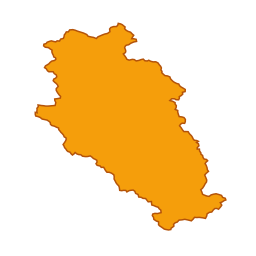 Santa Maria de Jetibá, Espírito Santo, Brazil (Equal Earth projection), rotated 265°
{"feature_id": "56859067B73059385087419", "entity_name": "Santa Maria de Jetibá", "entity_type": "district", "adm_level": 2, "iso_a3": "BRA", "parent_name": "Brazil", "parent_adm1": "Espírito Santo", "projection": "equal_earth", "projection_center": [-40.809, -20.084], "detail": "fine", "context": "isolated", "style": "filled", "palette": "amber", "viewbox_px": 256, "rotation_deg": 265, "n_neighbors": 0, "source": "geoboundaries", "source_scale": "gbopen_adm2", "svg_char_len": 4501}
<svg xmlns="http://www.w3.org/2000/svg" viewBox="0 0 256 256"><g transform="rotate(265 128 128)"><path d="M39.2,211.1L40.3,212.3L41.6,213.6L43.0,214.7L44.4,214.0L45.6,213.4L46.1,215.3L47.3,217.4L47.8,219.2L49.5,218.8L50.6,216.2L52.7,215.3L53.9,212.5L54.8,210.0L54.6,207.4L54.1,204.9L52.8,202.9L53.3,200.7L54.6,198.0L55.5,196.5L56.9,196.2L58.4,195.8L60.2,195.1L61.4,196.9L63.5,198.6L65.7,200.0L67.4,201.5L69.3,201.9L72.1,201.1L74.5,200.3L76.0,201.9L77.8,204.4L79.5,203.4L81.5,203.3L84.1,202.6L85.8,201.7L87.1,202.7L88.4,204.5L89.8,203.5L90.4,201.2L92.0,200.2L94.2,199.9L95.5,198.4L97.0,198.4L98.8,197.3L100.8,197.3L101.0,195.1L102.5,195.3L104.0,197.1L106.1,196.8L107.6,195.0L108.6,196.9L109.5,195.4L110.0,193.0L111.5,191.9L113.1,191.4L114.8,190.5L116.4,189.1L117.8,188.2L119.1,187.6L119.4,185.4L119.6,183.3L121.4,182.1L123.8,180.9L125.7,179.5L127.2,180.7L128.1,182.4L127.7,184.8L129.2,185.6L131.6,185.9L133.5,184.7L134.3,182.8L134.9,180.0L137.0,179.4L139.6,178.9L141.1,179.1L142.4,176.6L144.1,177.7L146.0,178.1L147.9,177.0L149.2,177.1L150.8,174.7L151.7,172.1L153.3,174.0L153.1,176.8L152.0,178.3L151.7,180.9L153.2,181.8L154.8,181.8L155.7,183.9L157.0,185.5L158.8,185.3L159.3,188.1L161.4,188.4L162.9,186.4L164.2,184.5L165.6,183.1L167.4,182.4L168.1,180.4L169.3,178.4L170.4,177.0L171.9,175.7L173.4,174.6L175.2,174.2L176.4,172.0L177.0,169.3L178.5,167.9L180.1,166.5L181.5,166.8L183.0,165.9L184.9,166.5L186.6,165.9L188.2,164.7L190.2,163.6L191.5,161.5L191.7,158.8L192.5,156.4L193.7,154.6L193.1,153.0L193.5,150.7L195.3,149.2L195.0,146.9L194.4,144.8L194.1,142.0L195.6,140.2L196.0,138.3L195.5,135.0L196.6,132.8L198.2,132.2L200.1,131.1L202.2,129.8L203.4,132.0L204.8,132.5L206.6,132.2L208.1,131.6L209.5,132.2L210.6,133.4L210.9,136.0L212.1,138.0L213.2,141.3L213.5,144.1L215.6,143.9L216.4,141.5L216.6,139.5L218.0,140.3L219.9,141.8L221.3,140.4L223.2,138.9L224.4,136.2L225.8,134.4L227.3,133.3L228.9,133.9L230.3,132.4L231.4,131.3L232.3,129.8L233.1,127.4L231.4,126.8L230.1,125.4L230.3,122.3L229.6,119.6L228.2,118.3L225.5,118.4L224.0,115.8L223.6,112.9L222.9,110.4L222.3,108.6L221.5,106.1L219.9,104.2L221.2,101.7L222.0,98.8L222.9,96.2L224.7,95.1L226.5,91.9L227.7,89.0L228.9,86.1L230.0,83.9L230.8,81.6L230.8,78.4L229.0,77.0L229.1,74.9L227.6,73.9L226.4,72.7L224.4,72.2L222.9,71.4L222.4,68.6L220.6,67.4L221.0,65.0L220.1,63.5L220.6,61.7L221.5,59.2L221.1,57.1L220.5,54.9L219.3,53.9L218.8,51.5L217.2,51.1L215.7,52.6L215.0,55.7L213.4,57.5L212.2,59.1L210.4,58.8L208.7,59.2L207.1,59.9L205.2,60.3L204.3,61.9L202.9,62.2L201.7,60.8L201.3,57.9L200.2,56.2L198.8,54.7L198.0,53.1L197.1,51.2L195.4,50.1L194.2,51.7L192.0,52.8L190.9,54.1L190.8,56.3L190.5,58.4L188.7,59.2L187.1,61.2L185.2,61.5L183.9,60.2L183.2,58.3L181.6,57.6L179.9,59.0L178.7,60.3L177.3,61.4L175.5,62.1L173.4,59.9L171.7,59.8L169.3,60.9L166.8,62.4L165.4,63.6L163.7,63.2L163.4,60.1L163.3,57.5L161.8,57.5L159.7,58.3L156.8,57.4L156.8,50.7L157.0,48.0L157.6,45.7L157.9,43.8L158.8,40.4L157.1,40.5L155.6,39.0L154.0,39.0L152.6,38.6L151.1,38.8L151.7,37.0L149.7,36.8L148.0,37.1L147.2,39.4L146.1,41.5L144.4,43.2L143.6,45.9L142.9,48.1L141.5,49.9L140.3,51.0L138.5,51.1L137.2,52.2L136.2,54.9L134.9,57.0L134.1,58.8L132.4,58.9L131.0,59.9L129.5,60.8L128.3,61.9L126.6,63.1L124.7,63.7L123.7,65.3L122.2,65.5L120.6,64.7L118.8,63.3L117.2,61.9L115.3,62.8L114.0,63.1L112.3,64.4L111.0,65.0L109.8,66.1L109.0,68.1L107.2,69.1L105.9,70.3L107.0,72.1L108.2,73.2L106.7,74.7L105.8,76.6L105.5,78.6L103.9,80.2L103.2,83.1L103.1,85.3L103.5,88.0L102.1,89.6L100.6,90.9L99.8,92.4L98.6,94.1L96.7,94.2L95.2,93.0L93.5,94.0L92.6,96.9L91.1,97.9L91.0,100.3L89.4,101.1L87.6,101.9L85.8,103.1L85.5,105.5L84.4,107.7L82.6,109.8L80.6,110.0L78.4,109.7L76.3,110.6L74.3,111.4L72.7,112.4L71.2,113.7L69.8,114.1L68.4,114.2L66.6,114.3L66.1,116.2L66.3,118.2L66.0,120.4L64.4,121.3L65.5,123.6L65.7,125.7L65.7,127.8L64.3,129.3L62.2,129.9L60.9,132.2L58.3,132.7L57.8,135.1L56.6,136.8L56.2,139.4L54.8,140.3L52.7,141.7L52.7,144.9L50.8,144.9L49.2,145.0L48.5,146.9L47.3,149.0L46.4,151.2L44.8,152.0L43.4,153.5L40.8,153.6L40.2,150.0L40.6,147.3L40.1,145.1L38.6,144.6L36.9,145.6L34.7,145.8L32.8,148.2L32.0,150.2L30.5,150.2L29.0,150.0L27.8,150.9L26.8,152.2L25.4,153.9L24.2,155.2L23.6,156.9L22.9,159.5L23.1,161.8L24.5,162.3L25.3,163.8L26.3,165.2L28.1,165.0L29.5,166.8L30.0,168.9L31.8,170.8L31.8,173.9L32.1,176.6L31.1,179.9L30.0,183.0L31.5,184.9L33.2,186.5L32.8,188.8L32.8,191.0L32.0,194.7L31.2,197.3L33.4,198.7L35.6,199.3L36.9,201.8L37.0,204.1L38.8,205.7L40.2,207.4L40.1,209.5L39.2,211.1Z" fill="#f59e0b" stroke="#b45309" stroke-width="1.5"/></g></svg>